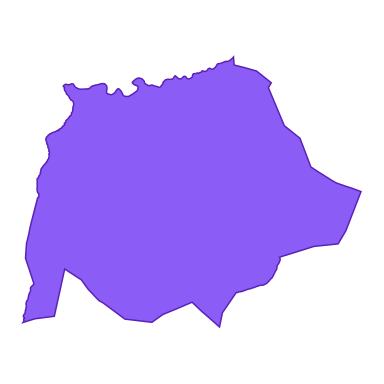 Bugat, Bulgan, Mongolia (orthographic projection)
{"feature_id": "93677404B59667733758052", "entity_name": "Bugat", "entity_type": "district", "adm_level": 2, "iso_a3": "MNG", "parent_name": "Mongolia", "parent_adm1": "Bulgan", "projection": "orthographic", "projection_center": [103.227, 49.106], "detail": "fine", "context": "isolated", "style": "filled", "palette": "violet", "viewbox_px": 384, "rotation_deg": 0, "n_neighbors": 0, "source": "geoboundaries", "source_scale": "gbopen_adm2", "svg_char_len": 5610}
<svg xmlns="http://www.w3.org/2000/svg" viewBox="0 0 384 384"><path d="M361.0,191.6L351.6,188.1L345.3,186.1L336.2,182.9L331.7,180.3L317.6,171.4L310.9,167.0L300.0,138.3L284.3,125.7L268.4,87.7L271.3,82.8L256.5,71.0L244.4,67.6L234.1,65.0L233.5,57.0L232.2,58.5L229.2,60.9L228.7,61.1L227.6,61.4L226.2,61.3L225.3,61.5L222.5,62.6L221.0,63.3L220.0,63.5L218.6,63.6L217.8,63.8L217.1,64.5L216.4,65.8L215.3,67.3L214.1,68.4L212.7,69.1L211.7,69.3L210.3,68.5L209.9,68.3L209.1,68.4L208.4,68.7L208.1,68.9L207.3,70.2L206.3,71.1L205.7,71.3L204.8,71.5L202.5,70.8L202.0,70.9L202.0,71.6L201.8,71.9L201.5,72.1L200.1,72.4L199.5,72.7L199.0,73.1L198.4,73.3L197.8,73.1L197.3,72.9L196.2,73.5L193.5,73.7L192.6,74.8L192.5,75.3L192.5,76.2L192.4,76.7L192.1,77.1L191.5,77.6L191.1,77.8L190.5,78.5L190.2,78.6L189.8,78.6L189.0,78.8L188.0,78.9L187.7,78.8L186.5,78.0L186.1,77.2L185.9,76.8L185.5,76.5L184.6,76.3L183.9,76.4L183.4,76.6L182.7,77.5L181.8,78.3L181.2,78.7L180.7,79.0L179.3,78.8L178.4,78.5L177.5,77.8L176.0,76.4L175.8,76.1L175.2,75.8L174.5,76.3L174.1,76.9L173.2,78.5L172.7,78.9L172.2,79.1L170.3,79.4L167.7,79.2L167.0,79.5L166.1,79.6L165.4,79.8L164.6,80.8L163.8,81.5L163.0,82.3L163.0,83.5L162.6,84.2L161.9,84.9L161.0,86.2L160.2,87.0L159.6,87.3L159.0,87.4L156.9,86.4L155.0,86.2L152.2,85.0L151.6,85.0L150.6,85.4L149.5,85.6L148.2,85.5L145.8,84.1L145.0,83.5L144.5,82.9L144.2,81.3L143.8,80.7L142.1,78.9L141.3,78.6L139.6,78.1L138.8,78.0L137.8,78.1L135.2,79.5L134.1,80.6L133.0,81.5L132.4,82.2L132.3,82.8L132.6,83.2L134.0,84.5L134.4,84.8L136.6,85.6L137.2,85.9L137.8,86.5L138.1,87.0L138.0,88.3L137.5,90.1L137.3,90.6L136.0,91.6L132.8,94.0L130.9,95.0L129.6,95.9L129.0,96.3L128.1,96.4L127.0,96.5L125.1,96.3L124.4,96.2L123.6,95.7L123.0,94.9L122.4,94.0L122.2,93.1L121.8,92.3L121.0,91.0L119.3,89.2L118.8,88.8L118.3,88.7L117.8,88.9L117.2,89.3L116.4,90.3L114.7,92.8L113.2,94.0L111.7,94.6L110.9,94.7L110.2,94.6L109.3,94.3L108.3,94.1L107.1,93.4L106.6,92.7L106.5,91.9L106.6,90.9L107.0,88.8L107.0,88.2L106.7,86.1L106.2,85.3L105.6,84.7L104.6,83.8L103.9,83.6L101.9,83.6L99.9,84.0L98.6,84.6L95.4,85.1L94.0,85.6L92.4,86.0L91.4,86.5L89.9,88.0L89.2,88.5L88.3,88.8L85.6,89.0L80.7,89.2L79.4,89.1L78.3,88.7L76.0,87.6L75.2,86.9L74.1,85.4L73.7,84.6L73.3,84.1L72.8,83.8L71.7,83.8L69.3,84.7L68.4,84.7L67.3,84.6L66.2,84.3L65.4,84.3L63.4,85.7L63.3,86.1L63.3,86.4L63.4,86.7L64.2,87.0L64.4,87.3L64.5,88.1L64.3,88.5L64.4,89.7L65.1,90.8L65.2,91.3L65.9,92.0L66.3,93.5L66.7,94.2L67.9,95.2L68.4,95.9L68.8,96.3L69.1,96.7L69.2,97.4L69.8,98.4L71.2,100.2L72.0,100.5L72.7,101.0L73.4,102.4L73.5,103.1L73.7,103.5L73.8,103.9L73.8,104.3L73.4,105.6L73.2,106.1L73.0,107.4L72.8,107.9L72.9,108.5L72.7,110.7L72.3,112.1L71.7,112.6L71.5,113.1L71.4,113.5L71.4,113.8L71.4,114.3L71.2,115.2L69.6,116.3L69.4,116.7L69.2,117.4L69.1,117.6L68.6,117.9L68.3,118.3L67.9,118.9L67.6,119.1L67.1,119.6L66.2,120.3L65.9,120.9L65.8,121.6L65.5,122.3L64.4,123.2L64.3,123.4L64.3,123.7L64.7,124.4L64.8,124.6L64.6,125.0L64.3,125.2L63.5,125.5L63.4,125.6L63.2,126.0L62.4,126.5L62.2,127.2L61.7,127.6L61.6,128.1L61.2,128.1L60.1,128.7L59.8,129.1L59.2,129.3L58.8,129.6L58.7,129.7L58.9,130.2L58.8,130.3L58.7,130.5L57.4,130.5L56.9,130.9L56.3,131.0L56.0,131.3L55.1,131.9L53.8,132.1L51.1,133.3L50.5,133.8L49.9,133.8L49.5,134.3L48.3,135.1L48.0,135.5L47.9,135.9L46.4,137.3L46.3,137.9L46.0,138.4L46.1,138.6L46.1,138.8L45.8,139.8L46.0,140.3L46.3,141.3L46.8,142.7L46.8,143.0L46.9,143.6L46.9,144.1L47.3,144.4L47.5,144.8L47.9,146.1L47.8,146.5L47.9,146.9L48.0,147.2L48.3,148.5L48.8,148.9L49.0,149.3L49.0,150.2L48.7,151.0L48.8,151.2L49.4,152.0L49.4,152.7L49.4,153.5L49.0,153.8L48.8,154.4L49.3,155.4L49.3,155.9L49.0,157.0L48.7,157.3L48.7,157.8L48.4,159.2L48.0,159.6L47.8,159.7L47.3,160.4L47.4,160.7L47.3,161.0L46.9,161.6L46.7,161.8L46.5,162.3L45.9,162.7L45.7,163.2L45.4,163.5L45.2,163.6L44.9,164.2L44.5,164.7L44.2,165.1L43.9,165.2L43.4,165.5L42.9,166.8L42.4,167.1L42.0,167.7L41.5,168.3L41.3,168.9L41.0,169.2L41.0,169.7L40.9,169.9L40.9,170.7L40.8,171.5L40.5,171.9L40.3,172.6L40.4,173.5L40.0,174.3L39.7,175.0L39.3,175.4L38.9,176.0L38.8,176.4L38.6,176.8L38.6,177.7L38.4,177.9L37.4,178.4L37.1,179.2L37.1,180.1L37.3,181.9L37.1,183.0L37.1,183.8L37.3,186.4L37.2,187.1L37.0,188.0L37.2,191.1L37.6,192.4L38.6,193.6L38.9,194.8L38.9,196.5L38.8,197.0L37.8,197.6L37.6,197.9L30.9,223.9L29.8,228.7L28.9,233.6L26.5,243.5L25.5,258.2L33.9,283.6L32.9,285.2L31.1,286.9L30.6,287.7L30.4,288.8L30.6,290.2L30.5,291.3L30.1,291.9L29.1,293.8L29.0,294.1L29.0,294.5L28.9,294.8L28.6,295.5L28.6,296.0L28.4,296.4L28.4,296.9L28.2,297.7L28.3,298.4L28.0,298.9L28.0,299.5L27.9,299.7L27.3,300.2L27.2,300.3L27.2,300.6L26.5,301.4L26.5,302.0L26.2,302.7L26.1,303.4L26.0,303.7L25.9,304.0L26.4,305.2L26.4,305.8L26.2,306.4L26.2,307.0L25.9,308.3L25.9,309.0L25.9,309.5L25.4,310.2L25.3,310.6L25.3,311.9L25.1,312.3L24.9,313.5L24.1,314.4L23.4,315.5L23.4,316.4L23.5,317.0L24.4,317.5L24.6,317.7L24.6,317.9L24.5,318.3L23.9,318.6L23.8,318.8L23.7,319.4L23.8,320.0L24.0,320.6L23.7,320.9L23.6,321.6L23.0,322.5L34.8,318.8L54.3,316.3L64.7,269.0L81.4,279.9L88.2,289.3L98.7,300.4L103.5,303.2L124.9,319.1L151.9,322.3L163.0,314.4L176.2,309.0L192.1,302.2L201.8,311.5L208.7,317.4L219.5,327.0L222.4,312.8L236.1,292.7L237.0,292.6L239.3,291.8L241.4,291.6L242.5,291.3L244.8,290.4L246.6,289.8L247.6,289.3L249.7,288.9L254.0,287.5L258.0,286.0L261.0,285.2L263.0,285.2L265.3,284.2L267.3,282.9L269.4,280.6L270.4,279.3L271.7,278.2L272.7,276.8L273.1,276.1L275.1,271.9L276.7,269.2L277.0,266.8L277.3,265.4L277.6,264.9L278.0,264.5L278.9,263.1L279.9,260.8L280.1,259.9L280.2,259.3L280.1,258.8L279.7,257.6L279.5,257.2L314.0,246.4L338.1,243.9L345.9,230.7L361.0,191.6Z" fill="#8b5cf6" stroke="#5b21b6" stroke-width="1.5"/></svg>